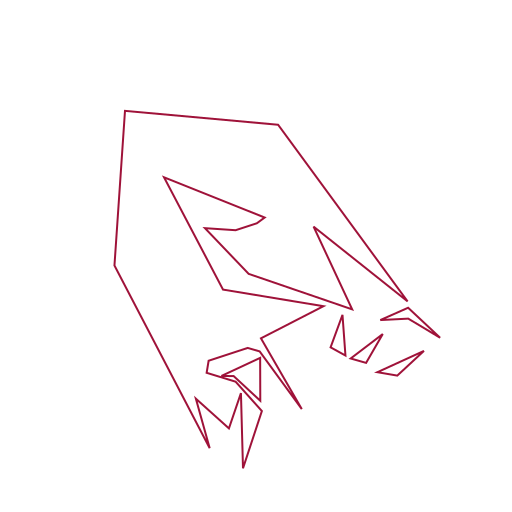 the border of Hordaland, rotated 245°
{"feature_id": "NOR-913", "entity_name": "Hordaland", "entity_type": "County", "adm_level": 1, "iso_a3": "NOR", "parent_name": "Norway", "parent_adm1": "", "projection": "robinson", "projection_center": [5.687, 60.257], "detail": "coarse", "context": "isolated", "style": "outline", "palette": "rose", "viewbox_px": 512, "rotation_deg": 245, "n_neighbors": 0, "source": "natural_earth", "source_scale": "10m", "svg_char_len": 765}
<svg xmlns="http://www.w3.org/2000/svg" viewBox="0 0 512 512"><g transform="rotate(245 256 256)"><path d="M150.8,374.2L258.3,320.6L167.0,320.6L242.9,241.8L302.8,221.5L288.0,248.4L285.3,270.6L287.2,280.1L366.2,205.9L239.5,211.9L182.0,295.9L179.3,225.7L97.9,232.8L168.0,219.0L176.2,209.6L181.1,168.8L171.0,161.9L150.7,184.4L113.0,195.8L69.1,154.5L138.1,184.4L111.2,158.6L152.1,141.2L101.4,132.8L307.2,123.7L442.9,198.6L365.6,331.5L150.8,374.2ZM161.9,174.0L161.9,216.7L123.0,198.7L156.6,185.0L161.9,174.0ZM104.1,388.3L134.9,367.5L145.4,341.6L144.8,372.0L104.1,388.3ZM123.1,298.5L131.7,337.9L112.6,310.6L123.1,298.5ZM141.7,285.0L166.1,309.5L128.0,295.0L141.7,285.0ZM99.4,316.9L99.0,368.1L87.9,333.5L99.4,316.9Z" fill="none" stroke="#9f1239" stroke-width="2"/></g></svg>